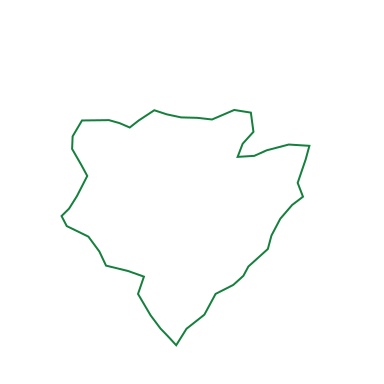 outline of Agirda, Cyprus, rotated 237°
{"feature_id": "46923920B19762948788890", "entity_name": "Agirda", "entity_type": "district", "adm_level": 2, "iso_a3": "CYP", "parent_name": "Cyprus", "parent_adm1": "", "projection": "albers", "projection_center": [33.277, 35.289], "detail": "fine", "context": "isolated", "style": "outline", "palette": "green", "viewbox_px": 384, "rotation_deg": 237, "n_neighbors": 0, "source": "geoboundaries", "source_scale": "gbopen_adm2", "svg_char_len": 756}
<svg xmlns="http://www.w3.org/2000/svg" viewBox="0 0 384 384"><g transform="rotate(237 192 192)"><path d="M127.6,282.5L142.1,285.6L157.5,305.2L166.8,315.6L179.1,299.0L186.3,277.3L188.4,263.9L196.6,249.4L204.9,260.8L209.0,276.3L226.5,284.6L237.8,272.1L241.9,248.3L251.2,237.0L260.5,223.5L270.8,213.2L281.1,204.9L281.0,186.3L280.0,174.9L289.3,168.7L297.5,161.5L311.9,138.7L303.7,122.2L293.4,114.9L274.9,113.9L262.5,112.9L251.2,93.2L245.0,79.8L242.9,69.5L231.6,68.4L211.0,80.8L192.5,81.9L177.1,79.8L160.6,95.3L147.2,105.6L135.9,91.2L111.2,90.1L94.7,91.2L84.4,93.2L72.1,95.3L80.3,112.9L82.4,135.6L93.7,156.3L91.6,176.0L93.7,189.4L98.8,198.7L102.9,224.6L112.2,234.9L121.5,251.5L126.6,269.0L127.6,282.5Z" fill="none" stroke="#15803d" stroke-width="2"/></g></svg>